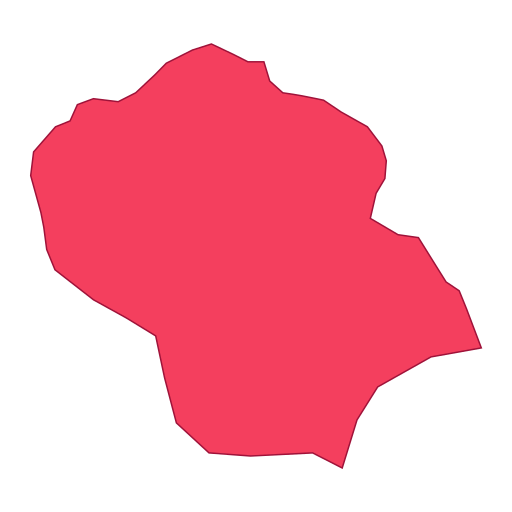 Fota, Cyprus (Natural Earth projection)
{"feature_id": "46923920B41218230383335", "entity_name": "Fota", "entity_type": "district", "adm_level": 2, "iso_a3": "CYP", "parent_name": "Cyprus", "parent_adm1": "", "projection": "natural_earth1", "projection_center": [33.224, 35.255], "detail": "fine", "context": "isolated", "style": "filled", "palette": "rose", "viewbox_px": 512, "rotation_deg": 0, "n_neighbors": 0, "source": "geoboundaries", "source_scale": "gbopen_adm2", "svg_char_len": 731}
<svg xmlns="http://www.w3.org/2000/svg" viewBox="0 0 512 512"><path d="M466.5,308.8L459.2,290.8L446.1,282.0L435.9,265.7L418.4,237.6L398.0,234.7L370.3,218.4L376.1,193.3L384.9,178.5L386.3,160.8L381.9,146.0L367.4,126.8L341.1,112.0L323.6,100.2L316.4,98.7L301.8,95.8L293.0,94.3L282.8,92.8L269.7,81.0L263.9,61.8L247.9,61.8L233.3,54.4L211.4,44.0L192.5,50.0L166.3,63.2L154.6,75.1L135.7,92.8L118.2,101.7L93.4,98.7L77.4,104.6L70.1,120.9L55.5,126.8L33.6,151.9L30.7,175.6L40.9,212.5L43.8,227.3L46.7,249.5L55.0,269.8L93.5,299.8L126.1,317.8L155.7,335.9L164.6,377.9L176.4,422.9L209.0,452.9L250.4,456.0L312.6,452.9L342.2,468.0L357.0,419.9L377.7,386.9L431.0,356.9L481.3,347.9L466.5,308.8Z" fill="#f43f5e" stroke="#9f1239" stroke-width="1.5"/></svg>